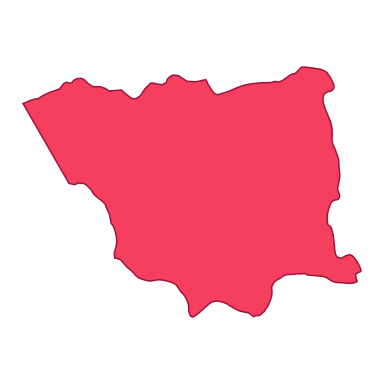 Mandele, Saint Lucia (Natural Earth projection)
{"feature_id": "8701671B24321034687398", "entity_name": "Mandele", "entity_type": "district", "adm_level": 2, "iso_a3": "LCA", "parent_name": "Saint Lucia", "parent_adm1": "", "projection": "natural_earth1", "projection_center": [-60.884, 13.895], "detail": "fine", "context": "isolated", "style": "filled", "palette": "rose", "viewbox_px": 384, "rotation_deg": 0, "n_neighbors": 0, "source": "geoboundaries", "source_scale": "gbopen_adm2", "svg_char_len": 5070}
<svg xmlns="http://www.w3.org/2000/svg" viewBox="0 0 384 384"><path d="M205.8,79.6L200.6,80.8L195.5,81.9L193.0,81.6L187.1,81.3L185.0,80.0L178.3,75.6L173.2,75.0L172.8,75.2L170.6,76.2L168.1,78.4L167.5,78.9L167.2,79.7L166.3,82.5L162.4,84.6L158.3,84.3L153.2,83.1L150.6,83.1L147.6,86.2L144.7,89.1L142.3,92.8L140.6,95.4L138.3,97.2L135.5,98.7L133.4,98.7L131.4,98.1L130.5,97.5L126.5,94.5L121.3,90.0L118.0,90.3L108.8,90.9L106.1,89.0L105.4,88.5L104.7,88.3L100.3,86.7L92.9,86.7L88.0,83.4L83.9,79.5L82.0,78.7L81.0,78.3L77.2,78.6L74.4,80.0L73.6,80.4L72.3,82.2L71.4,82.7L70.5,83.1L69.5,83.4L67.9,82.6L66.9,82.2L65.2,82.9L63.9,83.4L62.3,85.2L59.7,88.8L57.9,89.5L54.1,90.9L52.1,91.6L49.5,92.4L42.8,95.7L40.3,97.3L38.2,98.7L37.1,98.8L35.1,99.0L29.2,100.8L27.1,102.0L23.0,103.5L69.0,183.4L74.9,184.7L78.2,182.9L80.8,183.4L83.4,183.4L86.0,184.7L90.8,189.4L93.8,194.2L97.1,197.2L101.6,200.7L105.3,204.2L106.0,206.8L109.4,214.2L111.2,223.3L113.1,225.9L114.6,229.3L115.3,231.9L116.4,236.7L116.8,241.5L116.4,245.0L115.3,249.3L114.2,252.8L114.6,256.7L114.7,258.2L116.1,258.1L118.9,259.1L120.7,259.8L121.5,260.8L123.7,263.3L126.7,266.8L130.6,270.0L131.2,270.6L132.0,271.3L132.8,272.1L133.5,272.8L133.9,273.2L134.4,273.9L134.6,274.1L135.3,274.9L135.5,275.2L136.0,275.7L138.6,277.8L143.2,279.6L146.4,280.4L147.7,280.8L148.9,281.0L150.4,280.9L152.8,280.7L156.3,280.0L157.9,279.9L160.2,279.8L161.4,280.0L163.9,280.3L165.9,280.8L166.7,281.0L167.2,281.1L167.6,281.2L168.9,281.6L170.8,282.1L173.4,283.2L175.0,284.1L175.6,284.5L176.2,285.1L176.4,285.3L176.9,285.8L178.1,287.6L178.4,288.0L180.5,291.2L181.5,292.4L182.5,293.5L183.5,294.5L183.8,294.8L184.3,295.5L184.7,296.0L185.0,296.5L185.5,297.4L185.7,297.7L185.9,298.1L186.3,298.8L186.4,299.2L187.1,300.5L187.9,302.8L188.7,306.4L188.8,311.5L189.0,312.1L189.3,313.2L189.9,314.9L190.9,316.2L192.4,317.0L193.8,316.7L194.7,316.1L195.1,315.8L197.1,314.3L198.3,313.4L198.7,313.1L204.8,307.7L208.2,304.7L208.8,304.2L209.9,303.3L210.2,303.1L210.6,302.9L211.2,302.4L211.7,302.1L213.7,301.6L214.0,301.5L214.3,301.4L216.0,301.1L218.9,301.2L222.5,302.1L225.5,303.2L226.8,303.7L227.5,304.2L227.9,304.4L228.9,305.1L231.3,306.6L232.0,307.0L234.8,308.7L235.6,309.0L236.1,309.3L237.2,309.8L239.0,310.7L240.7,311.3L243.3,311.8L247.0,312.6L248.7,313.0L249.8,313.7L250.1,313.9L250.5,314.2L252.8,316.0L253.2,316.4L253.5,316.6L254.0,316.6L255.9,315.5L257.2,315.6L257.5,315.6L258.2,315.7L259.4,315.4L260.9,314.4L262.3,313.2L262.9,312.6L264.4,311.4L265.9,308.7L268.0,306.0L269.1,303.2L270.4,300.1L271.7,296.0L272.0,291.1L271.6,287.3L272.2,285.7L273.5,283.3L274.8,281.5L276.0,280.6L281.0,277.6L284.1,275.5L286.5,274.7L289.9,274.5L293.3,274.3L297.3,273.8L301.5,273.9L304.6,273.4L306.1,274.3L307.7,275.0L312.5,275.4L318.0,275.9L322.3,276.3L325.1,277.0L327.3,278.1L330.3,280.1L331.6,280.9L334.3,282.0L338.0,282.6L340.7,282.7L342.0,282.7L343.9,282.9L346.1,283.2L347.2,283.2L349.4,283.4L350.9,283.3L353.4,283.0L355.3,282.4L356.4,281.9L356.9,281.5L357.2,280.8L356.6,279.7L356.4,279.3L355.9,277.0L355.7,275.8L355.8,274.8L356.4,273.9L357.3,273.1L358.2,272.5L359.2,272.2L360.4,271.7L361.0,271.0L360.8,269.6L360.3,268.1L359.2,265.4L358.7,264.6L357.5,262.5L357.1,261.9L356.7,261.1L355.2,259.1L353.9,257.4L353.0,256.4L352.1,255.6L350.5,255.0L349.8,254.7L348.1,255.1L347.1,255.3L345.4,256.0L344.2,256.5L343.2,257.2L342.1,258.0L341.5,258.2L339.3,257.8L338.8,257.6L337.8,257.3L337.2,256.8L336.4,256.1L335.9,255.0L335.3,253.2L335.2,252.8L334.8,250.4L334.7,249.2L334.6,247.4L334.3,244.6L333.7,239.7L333.4,236.6L333.1,234.4L332.7,233.1L332.3,231.4L331.8,229.5L331.4,228.4L331.2,227.9L330.6,226.9L330.4,226.5L329.3,225.7L328.5,225.1L327.7,224.5L327.6,223.0L327.2,220.1L327.3,217.7L327.4,214.7L327.5,213.9L328.2,210.9L328.4,210.0L329.0,208.0L329.8,205.8L330.3,204.5L330.5,203.8L331.4,202.5L332.4,201.4L332.8,201.0L333.6,200.4L335.0,200.1L336.4,199.8L337.6,199.5L338.6,198.8L339.6,196.8L339.6,195.0L339.1,193.5L338.7,192.5L338.2,191.5L338.0,190.9L337.5,189.2L337.8,187.5L338.4,184.8L338.8,182.6L339.3,179.5L339.4,178.6L339.5,177.7L339.6,177.4L339.8,176.0L339.6,173.5L339.6,172.5L339.3,170.3L339.2,169.7L339.1,168.7L339.0,165.4L338.9,164.1L338.9,162.6L338.7,160.5L338.6,159.8L338.5,158.8L337.3,155.5L335.7,150.9L335.3,149.7L332.9,144.3L331.9,139.2L332.1,136.5L332.2,134.2L332.1,129.8L331.4,125.3L330.4,121.2L329.0,118.3L327.4,114.1L325.5,109.8L323.5,103.5L323.0,100.2L323.1,97.1L324.0,94.4L325.6,93.0L327.9,91.7L329.8,91.4L331.8,90.6L333.5,88.8L334.0,86.6L333.7,84.2L331.9,80.5L330.0,76.8L327.8,73.9L326.8,72.3L324.8,71.2L322.9,70.2L320.4,69.3L317.6,68.8L314.7,68.3L310.2,67.7L305.3,67.2L303.9,67.0L301.9,67.2L301.5,67.2L299.9,68.7L298.2,70.4L296.6,72.3L294.8,73.6L292.4,74.0L291.9,74.2L289.4,75.5L287.4,77.1L285.2,78.6L283.3,80.0L280.6,81.4L279.5,81.9L277.2,81.8L275.9,81.4L274.3,81.6L271.6,82.4L269.2,82.6L265.6,82.7L261.1,82.8L257.5,83.1L253.9,83.5L250.1,84.0L245.1,85.0L244.0,85.3L238.9,87.0L237.0,87.7L235.4,88.4L230.2,90.7L226.2,92.2L220.7,93.8L217.8,94.8L215.5,94.1L213.7,92.8L211.4,89.6L209.1,86.0L208.2,84.6L206.7,81.3L205.8,79.6Z" fill="#f43f5e" stroke="#9f1239" stroke-width="1.5"/></svg>